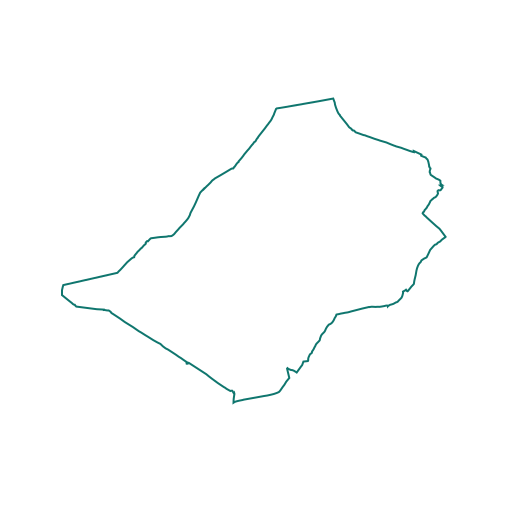 Carlogani, Olt, Romania, rotated 76°
{"feature_id": "2599482B86259976977107", "entity_name": "Carlogani", "entity_type": "district", "adm_level": 2, "iso_a3": "ROU", "parent_name": "Romania", "parent_adm1": "Olt", "projection": "orthographic", "projection_center": [24.165, 44.511], "detail": "fine", "context": "isolated", "style": "outline", "palette": "teal", "viewbox_px": 512, "rotation_deg": 76, "n_neighbors": 0, "source": "geoboundaries", "source_scale": "gbopen_adm2", "svg_char_len": 5970}
<svg xmlns="http://www.w3.org/2000/svg" viewBox="0 0 512 512"><g transform="rotate(76 256 256)"><path d="M385.2,257.0L382.4,253.2L372.8,253.1L372.4,252.6L373.4,251.9L375.1,249.6L375.4,248.6L376.3,247.2L378.2,245.3L378.9,244.7L374.0,238.9L373.2,237.8L372.6,237.3L371.5,236.6L369.9,235.5L370.5,231.1L370.0,230.7L369.4,230.4L368.8,230.4L367.7,229.9L366.9,229.4L365.0,227.9L364.5,227.4L364.2,226.9L363.8,225.8L363.5,225.3L363.0,225.0L362.2,224.7L361.1,223.4L360.2,222.5L358.7,221.3L358.1,220.6L356.3,219.2L355.6,218.3L354.3,216.2L353.4,214.8L352.9,214.4L352.5,214.2L351.7,213.9L349.3,212.3L348.7,211.8L347.8,210.7L346.3,208.2L345.4,207.2L343.3,205.6L341.6,203.9L341.3,203.4L340.6,202.4L340.3,202.2L340.1,201.5L340.0,200.5L339.5,199.1L339.0,198.3L338.5,197.6L337.5,196.5L336.4,195.5L335.5,194.9L333.8,193.1L333.0,192.6L332.3,192.1L332.3,191.2L332.4,190.0L332.4,187.7L332.6,184.7L332.6,183.7L332.9,180.7L332.9,179.2L332.8,177.2L332.7,165.6L332.8,160.1L332.8,158.7L333.0,158.5L333.0,158.2L333.2,156.0L334.4,152.1L334.6,150.7L335.2,148.5L335.4,146.7L335.6,143.8L335.6,141.9L335.7,141.2L336.0,140.1L336.7,140.2L336.5,139.9L336.2,139.0L335.8,137.7L335.8,137.1L335.8,136.3L335.7,134.5L335.4,133.2L335.2,132.6L334.9,131.6L334.9,130.5L334.5,129.3L334.0,128.7L332.2,125.7L331.6,124.8L330.0,123.6L327.4,122.2L326.1,122.0L325.9,121.1L325.7,120.6L325.6,119.9L325.0,118.6L326.5,118.0L326.9,117.5L326.8,117.2L323.9,113.4L323.4,112.8L321.5,109.8L320.9,109.4L319.1,108.7L317.2,107.8L313.2,105.7L309.1,103.9L307.0,102.8L304.8,101.3L303.4,100.1L302.4,98.9L302.0,98.1L301.7,97.7L301.3,97.3L300.6,96.8L300.3,96.5L299.2,93.6L298.8,91.5L298.6,90.8L298.3,90.5L295.8,88.4L292.2,85.5L289.1,81.0L288.4,79.7L288.3,79.4L288.3,78.4L288.2,77.9L287.2,76.5L287.0,75.9L286.6,74.4L286.5,73.9L286.1,73.2L285.6,72.5L285.0,71.4L283.6,67.9L283.5,67.6L283.3,67.4L276.1,70.4L273.9,71.4L270.7,73.8L266.4,76.7L259.5,81.3L259.0,81.5L258.4,81.9L257.6,82.6L255.2,83.9L254.9,84.0L254.6,83.8L254.2,83.5L253.9,83.1L253.7,82.4L253.5,82.2L252.3,81.3L252.0,80.9L251.7,80.3L251.0,79.5L250.7,78.9L250.2,78.4L249.3,77.7L249.0,77.3L248.0,76.1L247.3,75.4L246.4,74.7L245.9,74.2L245.2,73.8L244.9,73.5L244.7,73.2L244.2,72.2L243.6,71.3L243.2,70.2L242.8,69.7L242.6,69.2L242.4,68.0L242.1,67.2L241.7,66.6L240.4,65.1L239.4,64.3L239.0,64.2L238.4,64.3L237.2,64.2L236.9,64.1L236.7,63.8L236.3,63.1L236.3,62.9L236.4,62.6L236.8,61.8L236.8,61.2L236.7,60.9L236.3,60.3L235.8,59.8L235.2,59.0L234.9,58.6L234.4,58.3L234.0,58.3L233.8,58.6L233.3,59.2L233.0,59.6L232.0,60.3L232.1,58.4L232.0,58.5L231.7,58.8L230.1,59.4L227.9,59.0L227.6,58.9L227.4,59.0L226.3,60.0L225.1,61.5L224.6,62.3L224.1,62.8L223.2,63.5L219.7,66.7L219.3,66.9L218.2,67.0L217.0,67.0L216.6,67.2L215.3,66.7L214.4,66.2L213.6,65.6L213.2,65.5L212.3,66.1L211.8,66.2L211.3,66.1L211.0,66.3L209.7,66.1L206.3,66.0L204.2,66.2L203.5,66.4L203.0,66.9L201.4,67.6L201.3,67.9L198.7,71.5L198.4,71.5L197.6,71.0L192.3,77.5L193.4,77.7L193.3,77.9L192.9,78.7L191.2,81.5L189.3,84.3L187.8,86.6L186.1,89.0L183.5,93.6L182.8,94.5L182.4,95.2L179.9,98.7L177.4,102.0L173.9,108.0L173.2,109.0L171.0,112.6L168.0,117.0L166.7,119.1L165.2,121.2L164.7,122.4L162.2,126.1L160.2,129.2L159.9,129.5L158.7,130.1L158.1,130.5L157.8,130.9L157.7,131.6L156.9,132.1L156.6,132.5L155.8,132.6L154.8,133.4L154.1,134.1L153.5,134.5L150.1,135.9L140.0,140.6L139.5,140.5L138.3,141.2L137.2,141.6L135.3,142.0L131.6,142.5L128.2,142.7L126.2,142.5L121.9,143.0L121.0,157.8L118.6,191.1L117.9,199.5L117.8,199.9L118.1,200.9L122.2,203.9L123.1,204.4L125.8,206.8L126.4,207.2L127.7,208.4L128.6,209.4L129.9,211.1L130.6,211.9L131.2,212.6L131.9,213.6L134.4,216.6L138.4,221.8L139.4,223.1L141.1,225.2L141.7,225.6L142.2,226.5L143.3,227.6L144.6,228.8L144.8,229.2L145.0,230.0L145.2,230.4L145.9,231.1L146.7,232.1L147.4,233.2L148.8,235.0L150.2,236.7L151.6,238.8L154.6,242.9L155.6,244.0L157.5,246.4L160.0,250.0L160.6,250.2L160.7,250.4L160.9,251.1L161.7,252.3L164.2,255.1L164.6,256.0L165.2,256.4L165.4,256.7L165.6,257.1L165.3,257.9L165.4,258.8L165.6,259.5L167.1,264.4L169.1,271.1L170.8,277.1L171.5,278.5L172.0,279.9L172.2,280.2L172.5,280.7L173.7,282.3L175.5,285.3L176.3,286.8L178.5,290.4L178.2,290.4L180.8,294.5L181.0,294.8L183.7,297.0L189.7,301.6L193.0,304.3L198.2,309.0L199.6,309.9L200.2,310.2L202.6,312.3L203.8,313.7L205.4,315.9L206.7,317.9L207.5,318.9L210.3,323.5L211.4,325.0L213.3,327.9L214.5,329.5L215.0,330.2L215.4,331.0L215.9,332.2L216.2,333.3L215.9,335.0L215.6,335.9L215.6,337.2L215.5,338.6L214.5,344.0L214.1,346.9L213.8,350.0L213.4,353.5L213.5,354.0L214.1,355.1L215.6,357.3L215.2,358.0L216.1,359.5L216.6,359.9L217.3,359.9L217.8,360.5L218.5,362.1L220.5,364.9L220.5,365.2L221.6,367.1L222.2,367.9L222.6,368.7L223.5,370.2L224.3,371.1L224.9,372.0L226.2,373.7L226.5,374.0L227.4,374.3L227.7,374.5L227.7,375.0L227.8,376.0L228.1,376.9L228.4,377.6L229.0,378.8L230.9,382.5L232.8,385.3L233.5,386.4L233.9,386.9L236.4,390.7L236.9,391.5L237.6,392.8L238.8,394.5L237.6,450.0L239.1,450.9L242.2,452.5L247.0,453.7L253.9,448.5L257.0,446.1L258.4,445.2L259.1,444.5L259.5,443.6L260.1,443.5L261.6,442.6L269.1,423.4L271.2,416.6L271.6,416.7L271.7,416.1L272.7,413.9L273.0,413.0L273.2,412.1L275.0,410.5L275.3,410.5L275.7,410.4L276.3,410.0L276.9,409.5L277.1,409.4L277.4,409.0L283.9,403.0L288.3,399.3L295.2,392.6L299.0,389.3L300.0,388.4L300.4,388.1L302.4,386.0L306.2,382.4L308.4,380.2L312.8,376.0L316.0,372.6L318.2,370.0L321.1,368.2L323.8,366.0L325.4,364.1L328.5,361.2L332.4,357.6L335.1,355.3L336.9,353.5L338.8,351.9L341.3,349.7L341.8,349.2L343.7,349.3L343.9,348.5L342.7,348.3L343.6,346.9L358.7,332.8L361.3,330.9L364.7,328.2L370.0,323.8L375.4,318.9L376.3,317.9L377.7,316.8L380.8,313.5L380.7,312.9L380.9,311.8L381.0,311.6L384.1,310.7L383.7,310.3L384.6,310.3L386.7,311.2L389.2,312.2L390.8,312.7L392.9,313.3L392.5,312.2L392.4,311.5L392.3,310.2L392.3,307.5L392.5,303.5L392.4,303.0L393.3,289.9L393.8,282.1L394.1,278.9L394.2,274.8L394.2,274.1L394.2,272.1L394.0,269.8L393.8,268.0L393.4,266.4L392.4,265.0L389.4,261.6L387.9,259.7L385.2,257.0Z" fill="none" stroke="#0f766e" stroke-width="2"/></g></svg>